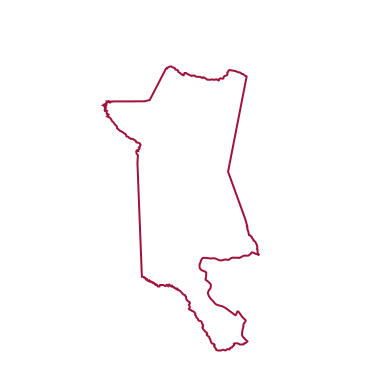 Segovia, Antioquia, Colombia (Equal Earth projection), rotated 118°
{"feature_id": "7082276B19668764793541", "entity_name": "Segovia", "entity_type": "district", "adm_level": 2, "iso_a3": "COL", "parent_name": "Colombia", "parent_adm1": "Antioquia", "projection": "equal_earth", "projection_center": [-74.607, 7.274], "detail": "fine", "context": "isolated", "style": "outline", "palette": "rose", "viewbox_px": 384, "rotation_deg": 118, "n_neighbors": 0, "source": "geoboundaries", "source_scale": "gbopen_adm2", "svg_char_len": 5972}
<svg xmlns="http://www.w3.org/2000/svg" viewBox="0 0 384 384"><g transform="rotate(118 192 192)"><path d="M304.1,77.9L302.2,74.8L301.2,74.9L300.0,73.7L299.0,73.2L297.8,73.0L297.6,73.9L296.2,78.6L294.9,80.6L294.1,81.1L291.4,82.2L288.7,83.0L287.4,83.2L285.0,84.3L283.3,84.4L281.1,84.0L280.1,84.4L279.7,85.5L279.2,87.5L278.2,90.2L277.6,91.1L276.1,94.2L275.9,94.9L275.9,95.5L276.2,95.8L279.9,95.6L280.4,95.8L280.4,96.4L278.8,106.9L278.6,110.2L278.8,111.9L279.7,116.1L279.9,118.3L279.5,119.6L277.2,125.9L275.7,128.6L274.3,130.1L273.3,130.7L272.5,130.9L269.9,130.9L268.9,130.4L266.1,131.2L264.8,132.1L264.3,133.2L263.6,135.3L263.1,138.8L261.6,139.5L260.0,139.9L256.7,141.4L256.3,142.0L256.2,142.8L256.5,147.0L255.9,148.8L255.5,149.5L253.8,150.6L251.9,151.4L250.0,151.5L248.4,151.9L246.4,151.9L245.1,151.4L244.2,150.0L241.8,144.0L240.8,142.6L240.1,141.3L239.7,139.6L239.5,136.8L239.2,135.1L238.4,133.6L236.5,131.6L235.8,130.7L235.4,129.2L234.8,128.0L233.7,127.2L232.0,126.4L230.9,125.3L229.4,122.3L228.9,121.6L228.5,120.3L227.9,119.7L227.9,119.0L224.6,116.9L223.6,115.9L221.9,112.6L220.2,111.6L218.8,111.1L217.2,110.9L216.7,108.6L216.7,106.3L216.3,105.3L216.3,102.9L215.5,104.5L215.4,105.2L215.2,105.4L213.9,106.0L213.3,106.6L212.1,107.0L211.8,107.9L210.6,108.1L209.9,108.5L209.1,109.4L208.1,110.0L207.8,110.7L206.8,111.9L206.1,113.3L205.9,115.0L205.1,115.5L204.7,116.9L203.5,118.3L203.4,119.5L203.0,120.0L203.3,121.5L200.4,123.8L199.7,124.7L199.1,125.2L198.8,125.8L197.1,126.5L196.9,127.2L196.7,127.4L196.3,127.1L190.6,132.6L157.1,169.7L64.3,198.0L64.4,200.3L63.9,201.8L64.3,203.6L63.9,205.3L64.1,206.2L64.5,207.0L64.8,210.2L65.7,213.2L66.4,214.9L66.5,215.8L66.8,216.3L67.5,216.6L68.1,216.7L68.7,216.5L69.9,216.9L70.7,216.3L71.8,215.9L72.2,215.9L73.4,216.7L74.3,217.7L75.3,218.0L77.1,217.7L77.6,218.2L78.2,219.9L78.8,220.8L79.4,221.0L80.7,220.7L81.0,220.9L81.1,223.6L82.3,224.7L82.7,225.4L83.0,226.9L84.3,228.6L85.7,231.3L85.3,233.9L85.3,235.6L85.6,236.0L86.4,236.1L86.5,238.1L86.8,239.4L87.2,240.4L87.8,241.3L88.2,242.4L88.0,244.5L88.7,245.4L89.0,246.5L89.7,246.9L89.7,247.5L89.9,248.4L89.9,252.2L89.7,253.2L90.2,253.8L90.4,254.4L91.4,254.1L92.0,254.7L92.4,254.7L92.9,254.3L93.2,254.9L93.0,255.8L93.0,257.0L92.5,258.3L92.5,260.3L91.6,261.1L91.1,262.2L91.2,262.8L91.7,264.1L91.1,264.8L90.7,265.6L91.0,267.7L90.9,269.4L91.3,270.1L93.4,271.8L94.2,271.8L94.1,272.3L94.3,272.5L95.1,272.7L95.3,272.9L130.6,272.5L134.3,276.6L149.3,304.6L149.5,304.6L150.1,305.7L150.9,306.0L150.9,306.5L150.6,307.2L150.7,307.7L151.3,307.3L151.3,307.6L151.5,307.8L151.7,307.7L151.7,308.0L152.0,308.4L151.8,309.1L152.2,309.4L152.2,309.8L153.1,309.3L153.6,309.6L153.9,309.6L154.4,309.3L154.4,308.9L154.9,308.9L155.3,309.3L155.2,309.8L155.4,310.3L155.4,310.9L155.6,310.5L155.5,310.1L155.7,309.6L155.9,309.5L155.8,308.8L156.1,308.9L156.4,309.3L156.5,310.3L156.8,310.2L156.7,310.9L157.0,310.8L157.2,311.0L157.2,310.8L157.0,310.3L157.2,310.2L157.4,309.4L157.1,308.8L157.5,308.9L157.6,307.9L158.0,307.9L158.5,308.2L158.6,307.7L158.9,307.3L159.7,307.1L160.5,307.3L160.5,307.6L160.8,307.5L160.8,307.1L161.2,306.9L160.9,306.2L160.8,305.6L160.7,305.6L160.8,305.4L160.6,305.4L160.5,305.2L160.8,305.2L162.2,304.6L162.5,304.2L162.7,303.8L162.8,302.0L163.3,302.0L163.8,302.6L164.4,301.6L165.1,302.1L165.0,299.3L165.4,298.2L166.2,296.8L166.8,296.3L167.4,293.8L168.1,292.8L169.0,290.4L169.1,289.6L169.6,288.9L170.8,288.3L171.1,287.2L171.6,284.5L171.9,284.0L171.7,283.1L171.7,280.7L172.2,279.6L171.9,278.8L172.2,277.6L172.4,277.1L173.6,276.0L173.7,275.6L173.3,274.7L173.3,274.0L173.8,272.6L173.6,271.6L173.8,270.8L173.2,270.0L172.9,268.3L173.2,267.4L173.1,265.9L173.8,265.1L174.3,264.3L174.0,263.9L173.9,262.9L173.6,262.2L173.6,261.0L174.0,260.3L174.5,259.9L174.6,259.5L176.3,259.5L176.6,259.3L177.6,259.8L178.0,258.9L178.9,258.7L179.7,259.0L180.7,259.8L181.2,259.0L181.7,260.2L182.3,260.3L184.1,259.0L185.1,256.8L185.3,256.7L185.9,256.6L191.8,253.9L290.3,196.5L290.0,196.1L289.9,195.7L289.7,194.5L290.0,194.5L290.1,194.3L289.8,192.6L290.0,192.3L290.4,192.3L290.4,191.9L290.8,191.6L290.8,191.2L290.4,190.8L290.9,190.6L290.7,189.8L291.0,189.5L291.1,189.1L290.9,188.5L290.4,188.4L290.6,188.1L290.3,188.1L290.6,187.6L290.3,187.5L290.2,186.8L290.6,186.2L290.4,185.9L290.7,185.4L290.0,184.3L290.3,183.7L290.7,183.5L290.2,182.5L290.8,181.7L290.3,180.9L290.5,180.6L291.0,180.7L291.1,180.3L291.1,179.9L290.5,179.2L290.9,178.4L291.3,178.0L291.4,177.5L290.8,176.5L289.9,176.4L289.1,176.6L288.6,175.4L287.6,173.8L287.6,172.3L287.7,171.5L287.1,171.3L286.9,170.9L285.9,170.8L285.8,170.5L286.2,169.3L285.3,169.6L284.8,169.0L285.2,168.9L284.8,167.7L285.3,167.6L285.3,167.3L285.0,166.2L284.3,166.2L284.0,165.8L284.2,165.4L285.0,165.3L284.4,163.3L285.0,162.6L284.6,161.0L285.0,160.5L284.6,160.3L284.2,159.6L284.4,159.2L284.5,159.5L284.8,159.5L285.0,159.1L285.2,158.2L284.8,157.3L285.0,155.5L285.6,154.2L285.9,152.9L286.6,152.0L286.4,150.5L286.5,149.4L287.1,148.9L287.3,148.0L287.9,147.8L289.5,146.4L290.1,145.1L290.2,144.5L290.4,143.9L290.2,142.7L291.1,141.7L291.8,141.6L292.8,141.9L293.7,140.9L294.3,140.1L295.3,139.6L296.7,139.9L297.0,138.3L296.8,137.6L297.0,136.3L296.8,134.8L296.8,134.0L297.9,131.9L299.0,131.6L299.4,130.4L300.5,129.4L301.3,127.1L302.3,126.1L302.4,125.7L302.0,124.0L302.0,123.0L302.1,122.6L303.7,121.2L303.8,120.3L304.6,119.8L304.8,119.4L305.9,119.0L306.3,119.4L306.9,119.1L307.8,118.0L308.0,117.6L308.2,116.6L308.8,115.5L309.2,113.9L309.3,113.0L309.8,112.1L310.3,111.9L310.9,112.2L311.2,112.0L311.6,111.0L311.9,108.7L313.0,107.8L313.4,106.7L313.9,106.5L315.9,104.2L316.3,103.2L316.1,102.4L316.0,101.1L316.2,100.4L316.5,100.1L317.5,100.3L317.9,100.0L318.4,98.8L318.9,98.2L319.2,97.2L319.4,97.2L320.1,96.2L319.5,94.0L318.8,93.0L318.5,92.1L316.9,90.9L316.6,90.3L316.4,88.5L315.4,87.5L314.9,87.5L314.3,87.1L313.7,86.1L313.6,85.4L313.4,85.0L311.8,85.1L310.3,83.7L309.4,83.8L308.6,83.2L308.0,83.2L307.5,82.9L307.2,82.9L306.5,83.7L305.5,83.2L304.2,80.7L304.1,77.9Z" fill="none" stroke="#9f1239" stroke-width="2"/></g></svg>